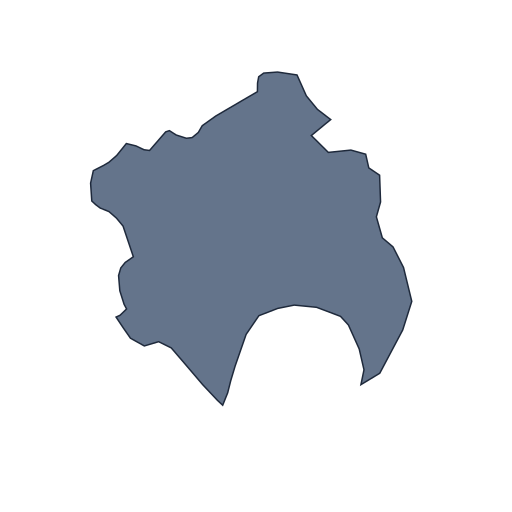 Aparan, Aragatsotn, Armenia (Equal Earth projection), rotated 231°
{"feature_id": "60910142B24398064358577", "entity_name": "Aparan", "entity_type": "district", "adm_level": 2, "iso_a3": "ARM", "parent_name": "Armenia", "parent_adm1": "Aragatsotn", "projection": "equal_earth", "projection_center": [44.404, 40.525], "detail": "fine", "context": "isolated", "style": "filled", "palette": "slate", "viewbox_px": 512, "rotation_deg": 231, "n_neighbors": 0, "source": "geoboundaries", "source_scale": "gbopen_adm2", "svg_char_len": 1163}
<svg xmlns="http://www.w3.org/2000/svg" viewBox="0 0 512 512"><g transform="rotate(231 256 256)"><path d="M296.6,108.8L283.5,107.6L271.1,106.7L256.4,112.6L250.7,126.4L237.9,132.3L217.3,132.9L189.6,133.6L168.1,135.2L161.0,136.2L167.5,147.9L175.0,157.9L183.6,170.5L201.3,199.0L207.8,220.7L201.6,239.9L193.8,254.8L178.0,270.8L155.9,283.7L144.2,284.4L118.8,277.7L99.6,268.3L90.0,256.6L88.8,265.3L87.0,278.4L106.2,323.5L122.7,348.5L154.2,363.4L176.8,368.2L190.6,365.6L210.7,374.2L219.6,386.8L241.0,402.9L253.5,399.1L266.1,405.3L278.6,396.4L291.0,377.4L314.8,374.8L315.0,393.6L315.0,399.9L331.3,396.0L348.8,395.9L370.9,401.8L385.4,388.5L393.3,377.1L393.6,370.9L389.4,366.0L382.8,360.5L385.5,343.1L390.1,312.9L391.1,296.2L388.3,288.9L388.2,280.9L391.3,276.0L400.3,270.1L407.9,267.6L408.8,265.3L409.3,263.9L405.0,239.7L409.1,235.8L417.1,232.0L425.0,226.0L421.8,211.1L421.4,200.7L422.4,194.1L424.7,183.3L416.7,173.3L402.1,163.0L396.9,163.7L391.3,165.1L383.0,169.7L373.3,171.4L362.9,171.5L332.6,160.2L333.3,150.3L331.8,143.4L327.3,136.9L314.7,128.3L301.5,123.1L296.3,122.1L296.1,120.1L295.5,113.1L296.6,108.8Z" fill="#64748b" stroke="#1e293b" stroke-width="1.5"/></g></svg>